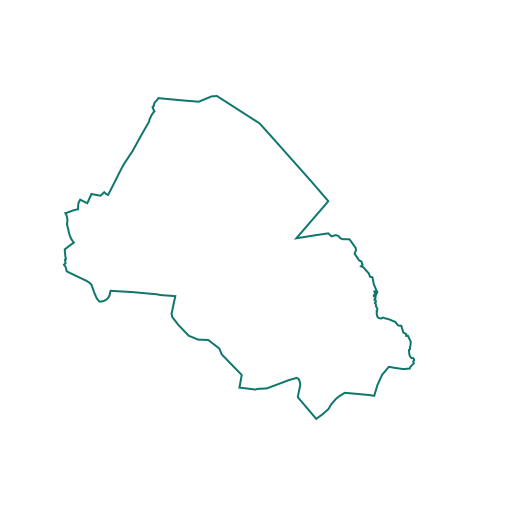 the district of Lagos Mainland, Lagos, Nigeria, rotated 297°
{"feature_id": "59680162B78639882894514", "entity_name": "Lagos Mainland", "entity_type": "district", "adm_level": 2, "iso_a3": "NGA", "parent_name": "Nigeria", "parent_adm1": "Lagos", "projection": "albers", "projection_center": [3.381, 6.497], "detail": "fine", "context": "isolated", "style": "outline", "palette": "teal", "viewbox_px": 512, "rotation_deg": 297, "n_neighbors": 0, "source": "geoboundaries", "source_scale": "gbopen_adm2", "svg_char_len": 3082}
<svg xmlns="http://www.w3.org/2000/svg" viewBox="0 0 512 512"><g transform="rotate(297 256 256)"><path d="M227.2,443.9L232.1,445.3L233.5,443.9L235.1,444.2L236.4,442.6L235.6,440.8L236.8,438.3L238.8,436.7L241.8,434.9L242.8,435.5L244.4,434.7L246.1,434.3L249.6,433.0L251.2,431.1L253.9,427.5L253.0,426.1L254.6,425.3L254.7,422.0L259.8,417.1L258.9,415.1L258.7,414.0L259.8,411.4L260.5,410.3L259.9,402.5L259.2,400.2L258.9,397.8L258.8,397.1L257.0,395.8L256.5,393.4L256.9,391.9L258.6,390.3L259.9,389.4L261.2,389.2L261.8,388.4L262.4,388.7L264.0,388.1L264.8,387.1L265.6,385.8L267.6,384.6L268.1,383.2L269.9,383.6L270.2,382.9L270.9,382.5L270.7,381.5L271.6,381.2L272.9,381.5L273.8,381.1L273.6,379.9L273.9,379.0L274.6,378.9L275.2,380.4L275.9,380.6L276.8,380.1L276.6,379.5L277.3,379.6L278.0,380.7L278.7,380.4L277.5,378.8L277.3,378.4L278.0,377.6L279.8,379.2L284.2,373.9L289.9,369.4L289.3,366.9L291.6,364.6L294.8,356.4L294.5,354.3L296.6,355.0L299.0,352.4L298.9,349.9L302.8,342.8L306.7,342.4L308.4,341.2L313.0,332.4L313.3,331.6L310.4,325.7L310.1,323.2L311.3,320.1L310.8,317.6L307.8,314.2L309.0,310.1L300.1,297.6L293.3,288.3L290.1,283.9L333.2,294.5L337.7,295.5L347.7,271.1L372.9,206.6L375.8,198.8L380.8,148.6L378.1,144.0L367.5,135.0L361.7,120.9L352.3,97.3L349.5,96.9L346.7,96.0L345.0,96.2L344.0,96.4L343.6,96.8L342.3,96.6L342.1,96.3L341.7,96.2L340.9,97.0L339.7,98.6L339.2,98.8L338.8,99.2L338.7,99.8L337.1,99.4L335.3,99.1L333.0,99.0L330.9,99.1L329.5,99.0L327.6,99.7L326.6,99.7L322.7,99.5L314.7,99.1L306.8,98.8L293.8,98.4L291.9,98.2L288.7,97.8L283.9,97.3L279.0,96.7L275.4,96.5L267.3,96.4L263.6,96.5L258.9,96.5L254.0,96.5L244.0,96.5L243.2,96.4L243.2,94.3L243.5,93.4L243.9,91.8L240.3,90.5L239.0,89.9L238.9,89.4L238.4,87.7L237.8,85.7L237.2,83.5L236.6,81.8L236.5,81.2L233.6,81.4L230.5,81.5L228.4,81.7L226.4,81.6L226.4,77.3L226.4,73.8L223.5,73.7L221.8,74.0L220.1,74.7L216.9,76.2L215.3,74.3L213.4,72.2L210.8,69.8L207.8,67.0L207.6,66.7L207.5,66.8L206.7,68.2L205.6,69.3L202.4,71.7L201.4,72.1L198.5,73.1L198.5,73.4L197.0,74.3L195.7,75.5L194.2,76.9L192.5,78.2L189.9,80.5L187.6,83.3L186.7,84.7L185.2,87.6L181.0,85.4L178.2,84.1L175.1,82.6L172.8,83.9L169.6,86.0L167.1,87.9L166.6,88.1L166.2,88.0L166.0,87.6L165.0,88.2L163.0,89.6L161.1,88.8L160.7,89.3L160.4,90.4L159.7,91.4L158.3,92.7L157.2,93.6L156.4,94.3L156.4,96.8L156.9,116.8L156.4,120.8L155.4,122.8L153.0,125.3L149.6,128.9L146.0,133.3L144.3,137.1L145.0,138.6L146.5,140.5L147.4,141.2L149.3,142.5L151.6,143.3L153.8,143.4L155.5,143.2L156.8,142.7L159.0,142.3L168.0,162.9L173.9,177.7L176.6,184.3L178.0,189.0L181.5,197.3L183.6,202.3L166.2,207.0L163.6,209.1L159.3,218.2L154.4,232.3L155.3,242.7L159.5,251.5L156.9,265.3L152.7,270.3L143.5,297.3L131.2,301.0L133.2,306.4L136.7,316.0L138.2,317.6L142.9,325.7L148.9,331.2L160.1,341.4L165.9,347.6L165.7,350.0L163.3,352.6L161.1,354.0L149.5,357.2L149.0,357.8L138.2,383.6L138.4,383.7L144.7,386.9L152.6,390.1L157.6,390.3L164.7,392.0L169.0,393.9L174.4,397.2L179.0,408.6L183.4,419.7L185.1,424.8L196.1,422.8L207.5,422.3L217.6,424.7L219.3,430.4L222.1,438.5L225.5,444.1L227.2,443.9Z" fill="none" stroke="#0f766e" stroke-width="2"/></g></svg>